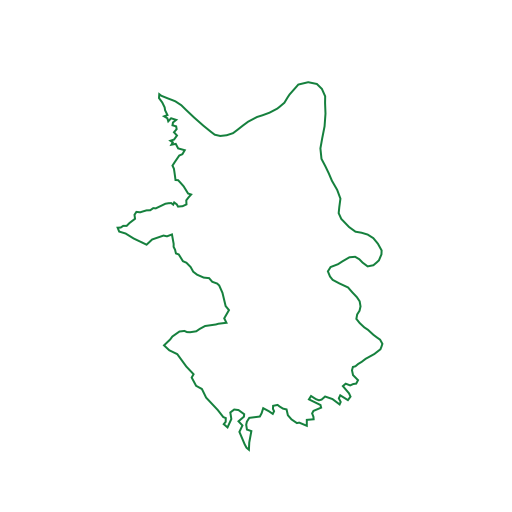 the district of Garruchos, Rio Grande do Sul, Brazil, rotated 112°
{"feature_id": "56859067B12655775892146", "entity_name": "Garruchos", "entity_type": "district", "adm_level": 2, "iso_a3": "BRA", "parent_name": "Brazil", "parent_adm1": "Rio Grande do Sul", "projection": "robinson", "projection_center": [-55.522, -28.246], "detail": "fine", "context": "isolated", "style": "outline", "palette": "green", "viewbox_px": 512, "rotation_deg": 112, "n_neighbors": 0, "source": "geoboundaries", "source_scale": "gbopen_adm2", "svg_char_len": 3468}
<svg xmlns="http://www.w3.org/2000/svg" viewBox="0 0 512 512"><g transform="rotate(112 256 256)"><path d="M332.9,114.9L330.1,121.4L326.0,124.2L322.6,124.6L321.0,122.5L317.8,120.8L314.6,118.4L310.2,115.8L302.6,109.6L295.9,105.7L293.2,105.7L290.1,105.9L287.1,109.6L286.2,113.5L285.1,117.6L283.5,121.9L282.5,124.5L281.6,128.9L279.3,134.8L276.7,139.4L272.3,140.3L268.0,139.5L263.6,140.2L259.2,142.9L256.4,147.0L253.7,152.9L252.1,156.1L250.7,158.8L250.4,164.3L250.2,168.4L249.4,176.0L247.3,179.7L243.3,183.6L238.3,182.7L232.9,176.9L228.5,173.8L222.2,168.9L219.6,163.8L220.3,159.0L222.2,154.7L223.8,148.6L220.6,143.7L216.8,141.7L214.0,140.4L207.5,140.3L203.8,141.6L199.0,147.5L195.5,153.9L194.3,160.5L194.9,166.9L196.2,172.9L194.3,180.5L189.7,190.8L185.3,195.4L179.4,197.1L171.2,199.2L164.3,205.5L157.8,213.8L152.1,219.5L146.9,225.2L141.4,231.7L138.9,233.0L132.1,236.6L122.1,238.7L110.1,241.0L98.0,244.9L88.2,249.3L82.0,251.7L76.4,257.5L73.7,264.0L75.3,272.7L81.2,281.0L83.8,281.9L93.7,285.4L97.1,286.1L103.3,287.1L108.8,290.0L111.4,291.5L118.1,297.2L123.1,302.7L126.7,307.1L134.4,313.6L140.1,317.1L145.7,320.3L150.7,323.3L155.0,328.4L158.1,334.1L159.0,339.7L157.8,344.1L154.9,353.6L150.7,365.5L146.7,375.7L144.2,381.7L142.8,388.7L142.8,391.9L142.9,396.4L142.9,403.9L142.2,406.3L145.9,405.1L148.8,400.4L152.4,396.4L154.9,394.9L158.5,390.9L160.9,393.5L161.5,389.8L164.0,387.8L160.1,386.3L159.7,381.0L163.3,383.0L166.1,382.4L165.7,378.6L168.1,377.1L172.0,378.4L173.9,374.4L178.7,375.6L181.2,378.5L181.8,375.7L184.5,376.1L182.1,372.4L185.4,368.5L184.6,361.7L189.2,362.4L191.6,364.8L199.8,366.6L203.5,367.3L205.8,364.8L208.0,363.5L212.5,360.9L215.7,359.1L214.9,356.6L216.3,353.6L218.5,349.2L223.5,342.4L223.3,339.2L226.9,340.5L230.5,341.5L234.2,339.8L237.3,342.7L239.4,346.8L237.8,348.8L237.0,351.9L239.4,352.0L238.7,354.4L239.9,357.0L241.5,359.6L244.7,362.5L249.4,366.8L250.1,369.2L253.2,371.2L254.7,374.6L256.6,377.0L258.9,379.8L259.9,383.4L263.3,384.1L266.8,382.1L272.7,385.6L276.5,387.2L277.8,390.4L280.3,392.1L281.6,394.9L284.6,392.0L284.0,385.3L285.6,376.0L286.5,361.7L279.6,358.5L271.7,349.4L271.1,345.9L267.5,342.0L275.6,336.9L278.4,335.8L280.5,333.4L283.6,331.2L283.5,328.2L288.2,321.8L288.3,318.0L290.7,312.5L294.1,308.3L295.4,303.6L295.6,296.4L294.1,291.2L296.3,286.9L296.1,281.7L297.1,279.1L302.7,273.3L313.8,265.4L316.3,260.8L325.7,262.1L329.0,258.4L332.9,265.5L334.5,267.5L340.0,277.0L344.6,280.8L348.2,283.2L351.4,288.6L352.4,291.5L352.3,294.3L354.7,298.7L362.0,303.4L365.5,304.3L373.3,307.8L375.9,301.1L376.5,292.2L384.6,279.2L389.0,269.6L392.8,270.1L398.8,262.9L399.6,256.3L406.0,249.2L413.1,233.8L417.6,226.0L417.6,223.3L421.1,222.0L424.0,222.9L425.6,218.2L416.4,217.8L410.7,221.2L406.5,218.7L405.4,214.5L407.1,207.7L409.5,207.0L415.8,210.3L418.2,205.1L425.3,205.5L434.9,195.9L437.3,193.0L438.3,190.0L431.4,192.4L420.1,194.7L420.3,199.4L416.1,201.9L413.0,202.4L408.6,201.6L403.4,192.3L399.7,191.9L394.4,192.3L395.1,185.9L396.1,181.3L393.1,181.1L391.4,183.0L388.5,184.0L386.0,180.2L386.7,177.8L387.4,173.8L386.8,170.2L391.7,166.8L394.2,161.9L395.6,155.5L394.3,153.5L394.4,145.3L388.9,147.5L385.8,141.4L383.6,142.5L380.9,145.0L378.1,144.7L372.2,138.8L370.0,140.4L369.1,153.2L365.2,152.5L366.3,146.7L366.2,143.6L364.6,141.4L360.4,139.3L360.0,131.5L362.3,122.9L359.6,122.8L356.9,125.9L353.6,125.7L355.2,116.8L351.0,115.7L348.5,118.3L344.1,126.7L340.8,125.0L340.7,120.2L338.3,117.9L336.8,115.3L332.9,114.9Z" fill="none" stroke="#15803d" stroke-width="2"/></g></svg>